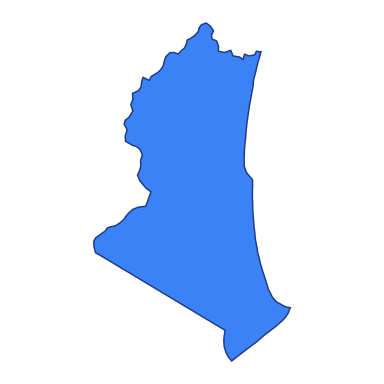 the district of Itapoá, Santa Catarina, Brazil
{"feature_id": "56859067B97691755303432", "entity_name": "Itapoá", "entity_type": "district", "adm_level": 2, "iso_a3": "BRA", "parent_name": "Brazil", "parent_adm1": "Santa Catarina", "projection": "natural_earth1", "projection_center": [-48.647, -26.082], "detail": "fine", "context": "isolated", "style": "filled", "palette": "blue", "viewbox_px": 384, "rotation_deg": 0, "n_neighbors": 0, "source": "geoboundaries", "source_scale": "gbopen_adm2", "svg_char_len": 1923}
<svg xmlns="http://www.w3.org/2000/svg" viewBox="0 0 384 384"><path d="M164.3,61.1L163.2,65.9L160.4,70.1L157.6,72.6L154.6,74.4L151.1,76.6L149.4,80.4L146.2,78.9L143.1,77.4L141.7,81.4L141.1,86.9L138.0,91.0L132.5,93.3L132.9,99.3L130.8,104.7L132.9,111.0L129.0,117.2L125.2,120.3L124.1,124.0L127.1,129.7L125.2,136.2L125.5,141.3L128.6,143.0L132.0,145.1L136.4,146.5L139.9,149.3L142.4,154.8L140.6,160.5L140.8,166.0L139.6,170.6L137.5,175.0L139.9,180.9L143.4,185.1L146.4,188.5L151.0,191.7L145.8,206.2L141.3,206.8L137.9,207.3L132.6,209.5L128.6,213.1L125.9,216.3L123.6,219.7L119.4,223.3L115.4,225.8L111.4,226.6L107.6,227.7L105.1,231.1L100.5,234.4L95.6,237.9L93.7,241.6L94.1,247.1L95.6,252.8L100.3,255.4L225.1,330.3L224.1,336.5L223.8,341.1L224.2,346.6L226.1,352.7L228.3,356.9L231.7,361.0L235.0,358.3L239.6,354.8L243.5,351.7L248.9,347.6L256.2,342.2L263.7,335.6L275.5,326.6L278.9,323.6L282.6,320.4L285.6,317.1L287.9,313.7L290.3,307.7L286.2,307.0L282.8,305.4L276.2,301.7L272.3,297.1L270.2,292.8L268.2,289.0L267.0,284.6L265.7,280.4L264.2,275.7L262.0,269.1L260.2,262.7L259.0,257.4L257.7,252.6L257.1,248.6L256.4,244.6L255.6,240.6L255.1,236.7L254.8,232.6L254.1,227.5L253.6,220.9L253.2,216.3L252.8,210.6L252.6,203.2L252.4,197.5L252.4,193.2L252.5,188.9L252.6,184.9L252.5,179.6L249.2,175.9L246.2,172.1L244.3,166.3L244.1,159.8L244.3,154.8L244.4,149.3L245.0,143.7L245.7,136.9L246.0,132.3L246.6,126.5L247.1,121.5L247.7,117.5L248.3,113.3L249.2,107.0L250.5,100.1L251.7,93.4L253.2,85.4L253.6,79.3L255.3,73.6L256.7,67.4L258.3,61.0L259.9,55.9L261.0,51.8L256.4,51.3L254.6,54.9L248.8,55.9L244.5,54.2L243.2,59.3L239.3,57.0L233.1,55.9L230.7,50.3L224.5,52.5L218.4,51.3L218.5,46.2L216.6,40.9L211.9,38.9L211.6,34.9L213.5,30.8L210.3,26.0L206.1,23.0L201.4,24.8L199.1,27.9L198.2,31.7L194.4,35.8L190.9,38.2L187.2,40.1L186.1,44.7L184.3,48.3L180.9,51.0L178.2,54.0L173.9,52.5L170.0,52.6L165.8,56.8L164.3,61.1Z" fill="#3b82f6" stroke="#1e3a8a" stroke-width="1.5"/></svg>